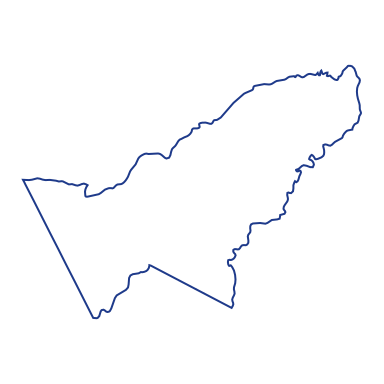 the border of Pando
{"feature_id": "BOL-1938", "entity_name": "Pando", "entity_type": "Department", "adm_level": 1, "iso_a3": "BOL", "parent_name": "Bolivia", "parent_adm1": "", "projection": "robinson", "projection_center": [-66.899, -11.088], "detail": "fine", "context": "isolated", "style": "outline", "palette": "blue", "viewbox_px": 384, "rotation_deg": 0, "n_neighbors": 0, "source": "natural_earth", "source_scale": "10m", "svg_char_len": 4970}
<svg xmlns="http://www.w3.org/2000/svg" viewBox="0 0 384 384"><path d="M348.6,65.8L350.7,65.9L352.1,66.4L354.3,68.6L355.4,71.4L355.6,71.7L356.7,75.7L357.4,76.7L358.5,77.7L359.5,78.9L359.9,80.3L359.5,82.4L357.8,86.0L357.2,88.0L356.9,91.6L357.2,95.3L357.9,98.7L359.3,103.3L359.7,105.2L359.8,109.1L360.0,110.0L360.8,112.1L361.0,113.0L360.7,113.9L359.3,116.2L358.5,120.6L357.6,122.7L354.6,124.3L353.5,126.0L352.6,128.0L352.3,129.6L352.2,129.6L348.1,130.4L346.8,130.9L345.7,131.9L344.2,133.6L343.0,135.6L342.5,137.3L341.9,138.1L335.1,141.8L333.6,143.1L332.0,144.7L330.3,145.7L328.6,145.4L326.9,144.7L325.2,144.4L323.4,145.0L323.2,146.5L323.7,148.3L324.1,150.2L324.2,152.5L324.0,154.3L323.3,155.8L321.5,157.3L318.0,158.8L315.9,159.3L315.0,158.9L314.6,158.0L313.7,156.6L312.6,155.4L311.7,154.9L310.8,155.6L309.7,157.3L309.1,159.0L309.9,159.7L311.3,160.2L312.6,161.4L313.5,163.0L313.9,164.7L312.8,167.2L310.1,167.1L306.7,165.8L303.7,165.2L301.9,166.0L298.6,168.9L296.1,169.8L296.1,170.4L296.6,171.0L297.1,171.4L297.9,171.4L299.6,170.6L300.4,170.8L301.0,172.2L300.4,174.1L299.4,176.1L298.4,179.7L297.5,181.4L296.2,182.2L295.0,181.2L294.3,182.5L293.4,185.2L293.4,188.4L293.0,191.3L291.1,193.1L289.8,193.0L288.4,192.5L287.4,192.9L287.2,195.0L287.9,198.2L287.9,199.7L287.3,201.4L284.5,205.4L283.8,206.8L283.5,208.9L284.1,210.0L284.9,210.9L285.4,212.1L284.5,213.8L280.2,215.0L280.0,216.8L279.6,218.7L277.2,219.4L271.8,220.0L267.5,222.9L265.4,223.7L260.1,223.0L252.9,223.5L251.1,224.4L250.3,226.1L250.2,228.3L250.5,230.6L250.2,232.3L248.3,234.7L247.8,236.4L248.4,240.8L248.3,242.8L247.2,244.5L245.9,245.2L243.2,245.1L241.9,245.5L240.8,246.7L239.9,248.2L238.8,249.3L237.3,249.4L235.9,249.1L234.4,249.2L233.3,250.0L233.3,251.7L234.2,253.1L235.2,254.1L235.6,255.4L234.7,257.4L233.7,258.6L232.4,259.5L230.9,260.0L229.5,259.8L228.2,260.2L227.9,262.0L228.2,264.2L228.9,265.7L229.4,265.9L230.0,265.7L230.4,265.4L230.7,265.3L231.2,265.8L232.3,267.3L234.0,270.6L235.1,275.0L235.5,279.5L235.2,283.2L234.0,287.3L233.9,289.3L234.4,291.5L234.6,293.7L233.8,295.7L232.8,297.6L232.2,299.6L232.5,301.3L233.1,302.8L233.3,304.3L232.7,306.0L231.6,307.9L150.8,265.6L149.4,265.2L149.4,265.6L148.8,268.0L147.6,269.9L146.3,271.0L144.4,271.8L142.4,272.2L140.8,272.1L138.7,273.3L132.8,274.2L130.4,275.5L129.1,278.0L128.6,284.5L128.0,287.5L125.9,289.9L116.7,295.4L114.9,298.1L111.3,308.4L109.9,311.0L108.9,311.7L107.3,312.0L106.0,311.5L104.8,310.4L103.5,309.7L101.6,310.1L100.7,311.4L99.2,316.3L98.8,316.5L97.9,317.7L97.4,318.0L96.6,318.2L94.1,318.0L93.2,317.9L91.2,314.0L83.0,297.8L74.8,281.6L66.5,265.4L58.3,249.1L50.0,232.9L41.8,216.7L33.6,200.5L25.3,184.3L25.0,183.7L24.7,183.1L24.5,182.6L24.2,182.0L23.9,181.5L23.6,180.9L23.3,180.4L23.0,179.8L28.9,180.1L32.0,179.7L37.3,178.3L39.9,178.7L42.6,179.6L45.4,180.1L49.9,179.9L56.0,180.7L58.9,181.5L61.7,181.2L62.9,181.4L68.7,184.3L69.1,184.3L69.8,184.3L70.2,184.3L72.0,184.1L75.7,185.3L77.6,185.6L79.6,185.0L81.7,184.1L83.9,183.6L86.2,184.4L87.6,185.2L86.3,187.2L85.4,189.4L85.0,191.7L85.3,195.4L85.5,196.2L86.2,196.7L87.5,196.7L98.8,194.2L100.9,192.9L105.0,189.6L108.4,188.3L109.7,188.1L111.0,188.1L112.4,188.4L113.5,188.0L116.0,185.4L117.4,184.5L121.1,184.1L122.5,183.5L124.1,182.2L125.6,180.5L126.9,178.6L128.0,176.7L130.1,171.4L131.2,169.7L135.6,164.4L138.3,158.5L139.5,157.0L141.3,155.6L143.7,154.3L145.0,153.8L146.4,153.6L148.6,154.0L158.0,153.5L159.1,153.7L160.3,154.1L161.8,155.1L164.9,157.8L166.4,158.5L169.1,157.7L170.4,155.1L171.1,151.9L172.0,149.2L172.8,148.2L175.2,146.0L176.2,144.6L177.8,141.9L178.6,140.7L179.9,139.5L181.4,138.9L184.2,137.4L187.4,136.1L189.0,135.0L190.4,133.6L191.5,131.9L191.8,130.9L191.9,130.2L192.1,129.5L192.9,128.7L193.7,128.4L197.1,128.4L198.0,128.2L198.9,127.9L199.5,127.3L199.6,126.5L199.1,124.5L199.3,123.7L200.4,123.1L202.2,122.7L205.5,122.6L206.9,122.9L210.0,123.8L211.3,123.8L212.3,123.1L212.9,122.1L213.4,121.1L213.9,120.4L214.7,120.1L216.4,120.0L217.2,119.8L220.8,117.5L233.5,102.9L243.9,93.8L245.4,93.0L251.9,90.2L252.7,89.6L253.1,88.9L253.3,87.9L253.5,87.0L254.0,86.3L254.9,85.9L264.2,84.1L269.0,84.5L270.6,84.3L272.1,83.7L275.4,81.6L276.7,81.0L284.4,79.7L285.8,79.1L288.3,77.3L289.6,76.7L294.0,76.2L294.3,76.3L294.6,76.7L294.9,77.0L295.3,77.1L295.7,76.8L296.3,75.7L296.6,75.5L297.8,75.2L298.2,75.3L299.2,75.7L301.3,77.0L302.3,77.3L303.8,77.0L307.4,74.5L308.8,74.0L310.2,73.9L311.3,74.1L314.6,74.9L315.5,75.0L316.4,74.4L317.7,72.9L317.9,73.5L318.3,74.3L318.7,75.0L319.1,75.3L319.9,75.2L320.1,74.4L320.1,73.4L320.2,72.8L320.9,71.0L321.3,70.6L321.8,71.8L322.0,72.6L322.2,73.3L322.6,73.8L323.3,74.1L326.3,72.7L327.5,72.6L327.2,74.7L326.9,75.8L327.3,76.1L327.9,76.0L328.5,76.1L329.6,75.7L330.0,75.6L330.5,75.9L331.2,76.9L331.6,77.2L333.9,79.0L335.0,79.6L336.5,80.0L337.4,79.9L337.8,79.5L338.0,78.9L338.4,78.3L338.5,78.0L338.5,77.1L338.7,76.8L339.1,76.5L340.0,76.3L340.4,76.2L341.3,75.0L342.1,73.7L342.4,72.9L342.7,71.5L343.2,70.7L346.8,67.3L347.9,66.0L348.6,65.8Z" fill="none" stroke="#1e3a8a" stroke-width="2"/></svg>